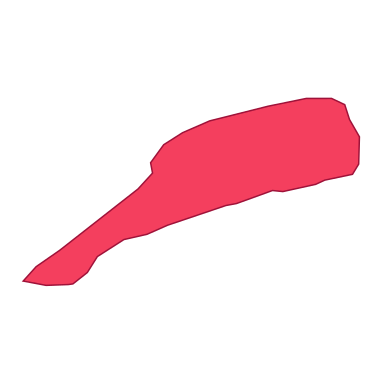 outline of Unanu, Federated States of Micronesia, rotated 272°
{"feature_id": "79324940B35725319521289", "entity_name": "Unanu", "entity_type": "district", "adm_level": 2, "iso_a3": "FSM", "parent_name": "Federated States of Micronesia", "parent_adm1": "", "projection": "mercator", "projection_center": [150.339, 8.753], "detail": "fine", "context": "isolated", "style": "filled", "palette": "rose", "viewbox_px": 384, "rotation_deg": 272, "n_neighbors": 0, "source": "geoboundaries", "source_scale": "gbopen_adm2", "svg_char_len": 541}
<svg xmlns="http://www.w3.org/2000/svg" viewBox="0 0 384 384"><g transform="rotate(272 192 192)"><path d="M97.1,26.4L93.6,49.4L95.2,71.7L96.0,76.2L107.9,90.2L124.2,99.7L142.1,125.6L148.2,148.6L157.9,168.6L179.7,226.4L182.0,236.8L196.3,272.4L195.6,282.8L204.0,315.4L208.5,324.3L215.3,351.8L225.7,357.6L253.0,357.4L269.9,346.9L284.6,341.6L290.4,328.2L289.5,302.9L280.4,265.1L263.7,207.2L251.0,180.6L238.3,162.1L219.8,149.6L209.5,151.9L193.1,137.9L129.1,61.8L112.0,38.9L97.1,26.4Z" fill="#f43f5e" stroke="#9f1239" stroke-width="1.5"/></g></svg>